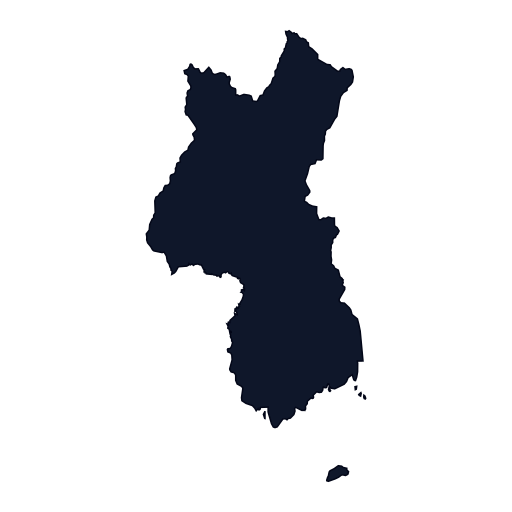 Mueang Phangnga, Phangnga, Thailand
{"feature_id": "78962969B58835722808395", "entity_name": "Mueang Phangnga", "entity_type": "district", "adm_level": 2, "iso_a3": "THA", "parent_name": "Thailand", "parent_adm1": "Phangnga", "projection": "equal_earth", "projection_center": [98.498, 8.471], "detail": "fine", "context": "isolated", "style": "filled", "palette": "ink", "viewbox_px": 512, "rotation_deg": 0, "n_neighbors": 0, "source": "geoboundaries", "source_scale": "gbopen_adm2", "svg_char_len": 6025}
<svg xmlns="http://www.w3.org/2000/svg" viewBox="0 0 512 512"><path d="M184.1,70.6L184.8,73.7L187.1,74.6L188.3,76.1L187.9,81.1L190.7,85.7L191.0,87.2L190.4,89.5L187.9,90.8L187.1,93.0L187.6,96.3L186.4,97.3L186.2,98.4L186.8,104.6L185.2,107.1L185.5,109.5L185.1,111.6L186.2,114.9L187.9,115.2L194.4,124.5L196.3,127.5L196.8,129.8L192.8,133.8L192.9,134.8L194.2,137.2L194.5,140.3L191.4,143.1L188.6,147.0L187.9,150.2L184.7,152.0L181.6,155.2L180.0,158.0L180.3,161.9L177.5,163.0L176.8,163.8L176.3,166.9L175.4,168.5L175.6,170.6L175.1,172.7L174.2,173.8L171.2,174.9L170.5,175.7L170.1,177.6L170.4,180.9L169.7,183.8L167.6,185.3L165.2,185.5L163.8,188.0L163.2,191.0L160.0,193.0L158.3,196.0L155.9,197.1L154.8,200.9L155.2,212.9L153.7,215.2L153.6,217.9L152.1,219.2L149.7,224.5L149.2,230.1L146.3,233.9L146.8,237.0L146.7,239.9L147.6,242.8L150.7,246.6L152.6,249.9L153.9,250.9L162.1,252.6L164.1,252.1L166.4,256.0L167.3,261.4L169.2,264.1L169.9,266.9L171.0,268.6L171.0,270.2L172.2,271.2L171.7,274.4L174.3,273.0L175.8,271.4L178.3,266.8L186.8,266.1L188.3,265.3L188.9,263.6L190.1,265.0L192.1,264.0L193.4,265.4L195.0,264.3L197.9,264.0L200.3,265.0L201.3,264.7L203.5,269.2L204.5,269.6L204.1,270.1L204.1,271.9L204.9,271.8L205.1,272.9L206.0,272.9L206.3,273.9L211.5,274.4L211.8,273.8L213.3,274.8L216.6,275.3L216.9,276.1L219.2,275.7L220.1,277.3L220.7,277.3L221.2,276.0L220.8,275.0L222.4,272.9L224.6,272.3L225.6,272.8L227.1,271.5L228.3,271.9L229.0,273.3L230.6,273.8L231.2,273.2L231.6,274.8L232.3,275.6L237.7,277.4L237.9,277.8L237.6,278.4L238.4,278.8L239.0,278.1L239.7,278.2L240.2,279.5L239.9,280.7L240.6,282.6L243.9,284.7L243.8,287.4L243.5,287.8L244.5,288.7L244.4,290.6L243.1,289.5L241.5,289.9L241.5,291.7L241.0,292.2L242.2,292.5L243.5,294.2L243.3,296.2L242.0,299.9L239.7,303.7L239.9,304.4L239.3,304.7L238.7,304.3L238.9,305.4L239.5,306.2L238.6,306.8L238.7,308.0L238.2,308.3L237.4,307.5L237.0,308.5L236.5,307.5L235.9,308.7L235.0,308.9L234.9,311.3L235.7,310.7L237.2,313.4L237.3,314.7L234.6,313.5L235.1,315.7L230.0,320.4L229.8,322.5L228.4,322.1L228.1,323.0L228.5,324.6L227.0,324.0L228.1,326.2L227.8,328.2L229.2,329.3L229.8,332.5L230.8,331.3L231.3,331.7L231.3,332.5L230.1,333.3L230.1,334.1L230.7,335.0L230.4,336.7L231.6,339.2L231.7,341.0L232.6,342.4L231.6,346.1L230.4,348.4L227.8,348.8L227.4,349.5L227.9,351.9L230.7,353.0L231.8,355.0L232.1,359.9L229.7,368.8L229.8,369.8L231.1,371.9L234.1,372.7L235.2,374.1L235.7,375.3L235.7,380.4L237.2,384.0L241.0,386.0L242.5,387.4L242.8,388.7L241.5,397.7L241.9,400.7L246.0,403.4L252.4,405.6L254.8,408.2L256.2,410.8L258.1,408.6L258.9,409.9L259.6,409.7L260.2,409.0L260.4,407.4L268.1,407.1L268.1,411.8L268.5,413.4L271.5,423.7L273.3,427.0L275.0,427.6L277.2,426.9L282.9,419.0L285.3,418.7L287.0,419.8L288.0,418.6L290.4,418.1L293.9,414.5L295.0,411.1L294.6,408.5L295.7,407.3L301.8,410.4L303.6,410.4L304.5,409.8L304.9,410.3L305.6,409.0L305.5,405.9L307.2,403.8L307.4,401.2L311.1,397.9L312.1,398.5L313.2,398.2L313.6,397.2L313.1,395.3L316.6,391.8L319.2,392.5L321.4,392.2L322.6,390.4L323.2,387.2L323.7,386.9L325.0,387.8L326.6,387.5L327.7,383.9L328.7,383.8L329.3,386.2L331.0,388.2L334.7,388.8L344.2,384.2L346.5,381.5L348.1,377.6L352.2,374.7L353.7,379.6L354.4,380.4L355.5,380.6L356.7,377.1L357.6,371.8L357.7,363.3L357.3,361.1L363.0,361.0L360.2,331.1L358.9,324.8L357.4,318.9L352.0,314.5L350.8,310.0L349.3,307.8L344.4,303.1L340.8,302.8L339.2,300.9L339.2,299.1L344.7,289.5L344.8,287.2L342.5,285.5L342.4,284.5L343.2,282.7L342.8,281.0L343.2,279.9L342.2,279.5L342.3,278.8L341.7,278.1L340.0,276.8L338.3,270.1L334.8,268.3L333.6,265.8L331.1,263.8L331.6,259.9L331.0,256.3L331.1,251.9L330.6,250.6L331.2,247.7L331.2,244.9L332.7,242.6L332.7,240.2L333.1,238.8L333.7,238.5L333.8,237.7L335.4,237.5L336.5,234.7L337.4,234.4L339.1,231.0L337.1,227.6L334.9,226.2L334.5,224.8L334.4,218.0L331.7,218.0L328.3,217.0L326.0,218.4L323.3,218.0L320.7,219.8L318.9,219.7L316.6,213.6L316.7,206.8L312.5,206.1L308.6,204.4L306.6,202.3L304.8,201.6L304.4,200.9L305.1,196.4L307.6,195.1L309.8,192.1L309.7,190.6L306.4,184.8L304.9,180.9L307.5,173.7L309.2,166.5L310.6,164.5L315.0,163.6L316.5,159.8L321.3,160.0L322.9,158.7L323.1,145.7L323.4,143.4L324.5,140.5L324.4,136.2L325.3,134.1L325.5,131.1L326.8,129.4L329.8,127.8L334.6,119.2L336.9,116.3L339.4,100.8L340.7,96.3L343.4,92.6L347.0,90.4L347.2,87.8L350.8,84.5L352.5,82.0L353.3,76.9L352.0,70.4L351.2,69.4L349.2,68.7L345.2,69.4L342.9,67.6L340.4,69.5L339.8,71.1L337.7,71.3L331.4,66.7L330.2,64.8L326.7,64.4L318.1,59.5L317.7,59.0L317.7,54.5L312.0,48.8L308.7,46.7L308.3,42.8L306.5,41.8L305.7,39.8L302.7,38.3L300.9,38.6L299.0,37.2L296.7,33.7L294.7,33.8L294.1,32.8L292.0,33.5L291.5,32.5L289.1,30.7L287.6,31.7L285.6,31.4L286.0,34.0L287.6,37.5L287.5,38.9L288.0,40.5L287.1,41.9L287.2,43.0L286.3,43.7L285.4,47.9L284.2,49.0L284.3,50.9L281.3,55.8L281.1,57.3L279.8,58.3L279.7,61.7L277.8,64.9L277.2,68.6L275.0,71.2L275.2,74.8L274.9,76.5L273.0,78.1L271.2,83.7L269.5,85.4L268.9,86.7L266.8,87.9L264.5,91.0L263.0,95.0L260.2,95.6L257.5,100.9L256.5,101.5L252.7,101.0L251.2,96.1L249.1,95.2L243.9,94.4L239.5,96.1L237.5,94.9L235.7,95.0L235.7,89.8L235.3,88.7L231.7,87.5L230.4,86.3L229.3,84.0L229.2,82.7L230.2,79.2L229.8,76.9L229.2,76.4L227.0,77.1L225.5,74.6L223.7,73.2L220.2,72.8L215.9,74.3L213.9,74.4L212.2,73.1L211.1,70.1L208.8,67.3L203.8,72.8L201.5,73.2L200.2,72.4L198.4,68.8L194.9,68.9L193.2,67.3L192.1,64.9L190.9,64.0L190.1,64.4L189.7,66.3L187.8,69.3L184.1,70.6ZM346.8,468.3L343.0,467.4L341.7,466.2L338.3,465.7L334.1,468.7L330.0,470.8L329.2,471.9L328.2,476.6L327.7,477.0L326.7,480.2L326.8,480.8L328.4,481.3L335.3,478.8L338.6,477.2L341.4,475.1L342.9,474.9L345.5,475.5L347.3,474.6L347.7,473.5L348.5,474.4L347.9,473.4L348.6,471.8L346.6,469.5L346.8,468.3ZM265.0,418.5L265.0,411.2L263.4,414.4L264.7,418.4L265.0,418.5ZM360.6,396.1L361.2,393.5L360.9,392.6L358.7,394.5L359.2,395.4L360.6,396.1ZM356.7,386.3L355.0,386.7L355.3,389.7L356.3,389.2L356.7,386.3ZM365.7,398.3L364.9,396.0L363.9,395.2L363.7,397.0L364.2,398.6L365.3,399.0L365.7,398.3ZM330.0,391.4L330.6,390.7L328.9,387.8L328.5,389.6L329.4,391.3L330.0,391.4Z" fill="#0f172a" stroke="#020617" stroke-width="1.5"/></svg>